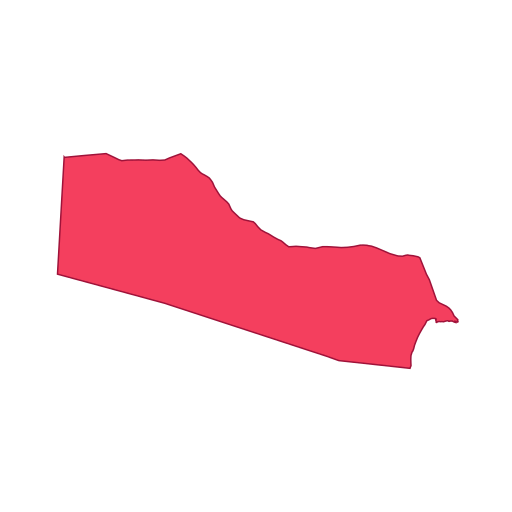 the district of Salloum, Matruh, Egypt, rotated 107°
{"feature_id": "37247803B99889104547734", "entity_name": "Salloum", "entity_type": "district", "adm_level": 2, "iso_a3": "EGY", "parent_name": "Egypt", "parent_adm1": "Matruh", "projection": "mercator", "projection_center": [25.027, 30.642], "detail": "fine", "context": "isolated", "style": "filled", "palette": "rose", "viewbox_px": 512, "rotation_deg": 107, "n_neighbors": 0, "source": "geoboundaries", "source_scale": "gbopen_adm2", "svg_char_len": 2081}
<svg xmlns="http://www.w3.org/2000/svg" viewBox="0 0 512 512"><g transform="rotate(107 256 256)"><path d="M318.4,75.9L317.6,75.9L315.6,75.7L312.5,76.8L310.4,77.5L308.7,78.0L305.9,78.7L302.3,78.7L301.2,78.3L298.7,78.1L295.0,78.3L291.4,78.1L286.6,77.7L282.4,77.0L279.2,76.3L274.9,75.3L272.1,74.4L267.9,73.7L266.6,72.1L264.7,70.3L264.0,68.9L263.3,66.5L263.4,65.6L263.9,65.2L264.3,65.6L265.0,65.2L265.7,64.5L266.5,64.5L266.7,63.7L265.9,63.3L265.1,61.7L264.8,60.1L264.4,59.2L264.0,57.3L263.4,56.5L262.7,55.4L262.1,54.4L261.8,53.5L262.1,52.6L261.9,51.9L261.4,51.5L261.3,50.5L260.8,49.6L261.2,47.3L261.2,46.0L260.7,46.5L260.4,46.7L260.2,46.7L260.3,46.0L260.6,45.2L260.3,44.0L259.8,43.6L259.1,44.0L259.1,44.4L257.9,44.4L255.4,49.1L252.7,51.5L250.5,54.2L250.1,55.0L249.4,56.2L248.7,58.3L248.4,59.1L247.2,67.2L245.6,70.4L228.0,83.3L225.9,85.4L223.6,87.7L221.1,89.7L209.8,98.8L209.4,100.8L209.8,105.8L210.6,109.9L210.6,110.4L210.7,111.3L210.8,111.5L211.6,113.1L213.4,115.9L214.4,120.0L214.5,120.9L214.6,128.7L213.0,143.1L212.8,148.4L213.3,151.9L213.3,152.3L213.3,152.9L214.2,156.6L215.2,159.6L218.2,165.0L220.9,171.0L223.0,176.9L224.1,181.8L225.4,187.2L226.4,191.1L227.6,195.0L231.4,201.4L232.4,207.5L232.6,210.0L233.9,215.6L235.0,220.5L236.7,224.9L237.6,227.4L236.5,230.8L234.8,234.6L234.1,236.6L233.7,240.0L232.7,244.8L231.9,247.7L231.1,250.8L230.7,253.9L229.6,259.0L227.4,263.0L225.2,266.2L224.1,268.6L224.4,271.8L224.9,278.3L224.5,282.1L224.0,283.6L221.2,289.2L219.7,292.1L218.1,293.9L214.3,297.2L212.8,299.7L211.5,302.6L210.0,306.0L208.9,308.0L207.0,310.3L202.2,315.8L198.2,319.2L196.5,321.4L195.1,323.4L194.3,325.9L193.5,329.4L193.2,331.3L192.5,333.5L190.9,336.4L189.1,338.9L186.8,342.5L185.2,345.4L183.9,348.1L182.6,350.7L181.4,353.9L180.8,355.9L180.2,357.8L187.5,367.4L190.9,371.3L192.7,376.2L194.2,382.6L196.3,388.5L196.6,389.4L198.6,397.0L198.9,397.7L201.9,407.1L204.1,412.2L204.0,415.3L203.2,420.3L201.9,429.3L210.5,450.6L217.7,468.0L217.4,468.4L330.7,440.7L331.4,440.5L327.9,329.6L331.2,159.6L331.8,146.2L318.4,75.9Z" fill="#f43f5e" stroke="#9f1239" stroke-width="1.5"/></g></svg>